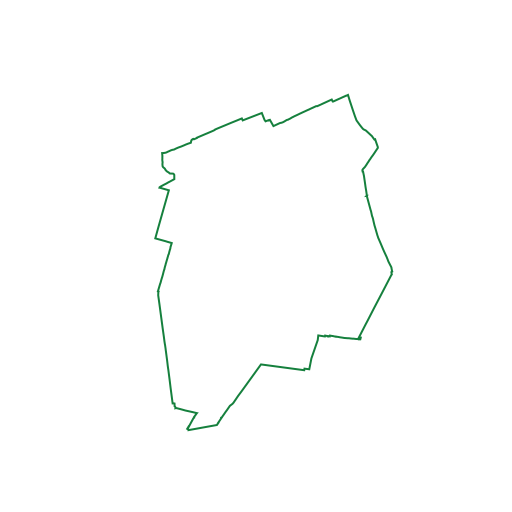 Zoetermeer, Zuid-Holland, Netherlands (orthographic projection), rotated 298°
{"feature_id": "6326949B3936656159813", "entity_name": "Zoetermeer", "entity_type": "district", "adm_level": 2, "iso_a3": "NLD", "parent_name": "Netherlands", "parent_adm1": "Zuid-Holland", "projection": "orthographic", "projection_center": [4.49, 52.062], "detail": "fine", "context": "isolated", "style": "outline", "palette": "green", "viewbox_px": 512, "rotation_deg": 298, "n_neighbors": 0, "source": "geoboundaries", "source_scale": "gbopen_adm2", "svg_char_len": 5725}
<svg xmlns="http://www.w3.org/2000/svg" viewBox="0 0 512 512"><g transform="rotate(298 256 256)"><path d="M370.8,178.9L366.8,175.6L361.9,171.5L358.0,168.3L350.6,162.2L349.7,161.5L348.7,160.7L348.3,160.4L347.9,160.4L346.5,159.4L345.1,158.3L341.0,155.0L340.3,154.4L334.1,149.4L332.7,148.3L332.6,148.2L332.4,148.2L332.3,148.3L329.9,146.4L330.0,145.7L329.4,145.2L328.3,144.7L328.0,144.7L327.7,144.8L327.4,144.7L325.4,145.3L323.3,143.3L321.1,141.4L320.4,140.9L317.6,138.6L315.3,136.5L313.8,135.3L313.3,134.9L313.0,134.7L312.5,134.3L312.1,134.1L311.9,134.0L311.4,133.5L311.0,133.0L310.6,132.5L310.4,132.2L310.1,132.0L309.4,131.3L307.4,129.8L306.7,129.2L305.4,128.3L305.1,128.0L304.7,127.6L304.3,127.1L304.2,126.9L304.0,126.7L303.2,125.5L302.8,124.8L300.5,126.3L300.2,126.4L300.0,126.6L299.6,126.8L298.9,127.1L298.4,127.4L297.6,127.8L297.1,128.0L296.8,128.2L296.0,128.7L295.5,129.1L295.0,129.5L294.7,129.6L293.8,130.0L293.5,130.1L293.2,130.3L292.9,130.4L292.6,130.6L292.3,130.8L291.3,131.5L291.2,131.6L291.1,131.8L290.9,132.2L290.7,132.8L290.6,133.5L290.5,133.8L290.4,134.1L290.4,134.3L290.2,134.7L289.5,135.7L289.5,135.9L289.4,136.1L289.2,136.6L289.0,137.1L289.0,137.3L288.9,137.6L288.8,138.3L288.8,138.5L288.8,139.1L288.8,139.4L288.8,139.6L288.7,139.9L288.6,140.4L288.4,141.0L288.5,141.5L289.0,142.4L289.2,142.9L289.7,143.8L289.8,144.1L289.8,144.4L289.8,144.6L289.6,145.2L289.5,145.4L289.4,145.5L289.2,145.8L287.7,146.6L285.5,147.8L279.2,143.6L278.7,143.3L278.3,143.1L275.6,141.2L272.7,139.3L272.4,139.1L271.8,138.8L271.6,138.7L271.4,138.6L271.0,138.7L271.1,138.9L273.1,148.2L253.6,152.4L236.9,156.0L224.3,158.8L224.7,160.7L226.6,169.2L227.0,171.4L227.9,175.5L227.1,175.7L225.8,175.9L225.1,176.1L224.2,176.2L223.8,176.3L222.8,176.7L222.4,176.8L221.6,177.0L221.3,177.0L221.0,177.1L220.7,177.1L220.0,177.3L219.0,177.5L217.9,177.8L217.1,178.0L216.9,178.0L216.7,178.1L215.7,178.1L214.4,178.4L214.0,178.5L213.5,178.6L212.8,178.7L212.6,178.8L212.2,178.9L211.5,179.0L210.6,179.2L209.6,179.4L208.2,179.7L207.8,179.8L206.6,180.0L206.0,180.2L205.6,180.3L204.5,180.5L202.7,180.9L202.4,181.0L202.0,181.1L201.6,181.3L201.3,181.3L200.1,181.5L198.7,181.8L195.9,182.5L193.2,183.1L192.4,183.2L191.6,183.4L191.3,183.4L191.0,183.5L190.0,183.7L187.9,184.2L187.5,184.3L186.5,184.4L178.7,186.0L178.8,186.6L178.7,186.6L177.7,187.0L175.4,188.1L167.8,193.6L148.4,207.5L141.1,212.8L137.7,215.2L135.3,217.0L134.7,217.5L131.4,219.9L130.5,220.5L129.7,221.1L121.7,226.8L117.5,229.7L115.3,231.3L114.1,232.2L106.2,237.8L98.9,242.9L86.7,251.6L87.3,252.6L87.5,253.3L85.1,254.7L85.1,254.9L85.1,255.0L84.9,255.4L84.8,255.6L84.7,255.7L84.6,255.9L84.4,256.0L84.1,256.2L83.8,256.3L84.0,256.5L84.4,257.3L85.2,260.6L85.9,263.7L86.4,266.1L88.5,273.6L89.1,276.0L89.5,277.5L89.2,277.4L89.1,277.5L86.7,277.2L84.8,276.9L84.7,277.0L84.3,277.3L83.5,276.9L72.6,276.8L72.9,276.5L71.1,276.4L71.0,278.0L70.6,278.2L79.6,289.6L82.2,292.9L88.4,300.8L90.9,301.1L90.9,300.9L93.6,301.2L96.6,301.5L96.9,301.2L97.0,301.3L97.4,301.6L98.6,301.7L100.1,301.9L100.9,302.0L103.6,302.3L104.4,302.4L106.3,302.7L111.5,303.3L114.5,304.7L115.1,304.8L115.8,305.0L124.1,305.9L130.0,306.8L141.6,308.4L162.6,311.3L177.8,352.2L179.3,351.7L181.0,356.2L191.6,353.0L210.7,350.0L215.1,348.3L217.3,354.6L218.2,354.4L218.5,355.5L218.9,356.8L219.0,357.1L218.7,357.2L218.9,357.7L219.3,357.6L219.6,358.5L219.7,358.9L220.5,358.7L221.0,360.4L221.1,360.7L221.3,361.1L221.4,361.4L222.2,364.4L222.4,364.4L222.8,365.7L223.0,366.2L223.3,367.1L223.6,368.2L224.4,370.4L224.9,371.9L225.1,372.5L226.6,375.9L227.0,376.6L227.5,378.0L228.3,380.0L228.8,380.9L229.5,382.8L230.0,383.9L230.8,385.5L230.6,385.7L231.4,387.2L233.1,386.8L232.4,385.1L247.2,384.9L251.6,384.9L265.5,384.7L282.9,384.6L303.4,384.4L303.5,384.5L305.3,383.1L306.2,383.6L306.7,383.1L309.3,381.0L309.5,380.9L309.6,380.7L309.8,380.5L309.9,380.4L310.9,378.9L312.1,377.2L313.0,375.9L313.4,375.4L313.6,375.1L313.9,374.8L314.7,373.9L315.3,373.2L315.7,372.7L316.4,371.9L319.8,367.4L320.5,366.5L321.6,365.1L322.9,363.5L323.8,362.4L326.0,359.7L326.8,358.7L327.5,357.8L329.1,355.8L329.3,355.5L330.1,354.7L330.5,354.3L331.1,353.6L336.5,348.4L338.6,346.3L341.9,343.4L343.1,342.4L343.7,341.9L344.0,341.6L344.4,341.2L345.1,340.5L345.5,340.0L346.0,339.5L349.7,336.4L350.1,335.9L350.3,335.7L353.5,332.7L359.7,326.9L360.5,326.2L360.8,325.9L360.9,325.7L361.2,325.7L361.0,325.4L361.4,325.5L363.5,324.0L365.0,322.9L365.9,322.2L367.2,321.2L368.8,320.0L370.2,319.0L377.3,313.8L379.2,312.2L380.8,310.9L380.6,310.5L381.1,310.1L381.5,309.8L381.7,309.7L381.8,309.6L382.0,309.6L382.3,309.6L382.6,309.6L382.8,309.6L383.2,309.7L385.1,310.2L385.4,310.3L385.8,310.4L387.7,310.6L388.5,310.7L390.2,310.8L391.9,311.0L393.3,311.1L393.9,311.1L394.3,311.2L394.7,311.3L396.0,311.4L397.9,311.6L399.7,311.9L402.4,312.2L406.6,312.6L408.4,312.8L408.6,312.8L408.7,312.7L409.0,312.6L409.3,312.5L409.4,312.4L413.1,308.4L415.0,306.4L414.4,305.9L416.4,301.8L416.5,301.2L417.5,297.5L418.3,294.4L418.4,293.9L418.3,291.8L418.4,291.0L418.5,290.7L418.6,290.4L419.0,289.4L419.3,288.7L420.4,286.2L422.8,281.3L422.9,281.1L425.9,277.7L430.6,272.7L437.3,265.7L441.4,261.6L440.1,260.7L440.0,260.4L428.6,251.6L428.4,251.2L429.7,249.4L417.9,240.4L417.0,239.7L416.6,238.8L404.0,229.2L402.9,228.4L402.7,228.2L401.7,227.5L399.8,226.1L397.3,224.2L396.1,223.4L395.9,223.2L395.0,222.6L393.6,221.8L393.3,221.6L391.9,220.6L391.6,220.4L391.4,220.3L391.3,220.2L391.2,220.0L390.5,219.3L390.4,219.2L390.2,219.1L388.3,218.0L387.8,217.7L387.3,217.3L386.9,217.1L386.3,216.6L385.8,216.1L385.7,216.0L385.4,215.7L385.2,215.4L384.9,215.0L384.7,214.8L384.6,214.7L381.8,212.6L378.9,210.4L382.7,204.4L381.8,203.8L382.0,203.5L379.4,201.2L380.2,199.6L385.0,194.0L369.5,180.6L370.8,178.9Z" fill="none" stroke="#15803d" stroke-width="2"/></g></svg>